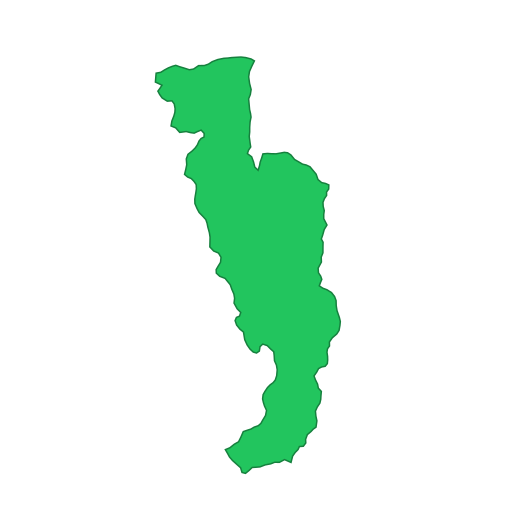 the district of Datas, Minas Gerais, Brazil, rotated 341°
{"feature_id": "56859067B3541118677484", "entity_name": "Datas", "entity_type": "district", "adm_level": 2, "iso_a3": "BRA", "parent_name": "Brazil", "parent_adm1": "Minas Gerais", "projection": "mercator", "projection_center": [-43.653, -18.476], "detail": "fine", "context": "isolated", "style": "filled", "palette": "green", "viewbox_px": 512, "rotation_deg": 341, "n_neighbors": 0, "source": "geoboundaries", "source_scale": "gbopen_adm2", "svg_char_len": 3441}
<svg xmlns="http://www.w3.org/2000/svg" viewBox="0 0 512 512"><g transform="rotate(341 256 256)"><path d="M229.1,454.5L232.7,452.7L235.0,450.3L238.8,451.3L242.2,449.0L243.2,445.5L246.4,441.6L250.8,439.9L253.8,438.3L257.0,437.4L259.9,431.7L260.5,426.9L261.7,422.0L264.8,418.7L268.5,415.9L270.5,412.7L271.9,409.3L273.7,405.3L271.9,401.2L272.5,397.2L271.9,392.5L271.8,388.3L275.5,385.6L278.5,382.8L281.9,382.3L285.5,382.8L288.4,381.0L289.9,377.7L291.0,374.2L291.8,370.0L293.4,367.0L296.2,365.0L297.4,361.2L301.5,358.2L307.0,356.0L310.3,353.4L312.7,349.1L314.4,345.4L314.8,341.3L314.8,337.8L314.8,334.0L315.7,329.0L317.2,324.2L317.1,319.9L315.5,315.2L312.1,311.0L308.7,308.2L306.1,304.8L308.4,302.0L310.6,299.5L310.6,296.1L309.6,292.2L310.8,287.7L315.9,283.0L317.3,278.3L320.3,274.8L322.3,269.1L323.9,264.8L323.3,261.2L325.8,258.0L329.1,253.2L333.2,249.8L332.2,242.8L333.6,238.7L335.3,235.3L335.7,230.9L336.8,227.1L339.3,224.1L342.5,221.7L343.5,218.5L346.5,216.4L348.0,212.5L345.3,210.0L342.0,208.0L339.5,203.9L339.5,198.2L337.6,193.2L336.1,189.2L333.1,186.3L329.9,184.3L327.2,181.1L323.9,177.3L321.9,171.8L319.5,168.7L316.5,167.2L313.1,166.7L308.2,165.9L303.8,164.3L300.3,162.8L295.8,161.7L293.1,165.4L290.6,168.5L288.7,171.8L285.9,175.6L283.8,171.5L284.3,166.3L284.2,160.8L281.2,156.4L283.4,153.5L286.5,151.2L287.1,147.7L287.8,144.3L288.5,140.8L290.4,136.7L292.0,132.1L294.1,127.2L296.5,123.1L297.2,119.6L297.6,115.6L298.8,110.7L300.2,105.0L303.2,101.5L305.6,97.0L306.1,90.8L307.4,84.2L309.9,79.4L313.8,75.2L318.0,71.0L315.5,68.1L310.8,65.0L306.6,63.0L302.1,61.7L297.4,60.4L293.9,59.7L289.9,58.6L283.8,57.8L277.9,58.0L273.5,59.1L269.2,59.1L263.7,57.3L257.8,58.9L253.6,58.2L249.5,55.1L245.3,52.1L242.2,49.6L238.6,49.4L234.4,49.6L230.1,50.3L225.8,51.3L221.1,50.6L219.2,54.9L217.5,58.8L219.9,61.1L222.7,63.9L219.6,66.3L216.9,68.2L217.5,72.0L218.7,76.0L222.5,80.7L227.0,81.9L228.2,85.5L227.5,90.3L226.1,93.7L223.9,96.9L220.4,101.0L218.0,105.4L221.8,108.7L224.1,114.3L230.5,115.6L234.4,118.1L237.6,119.7L240.9,119.3L245.1,119.1L246.9,123.2L245.6,126.6L242.4,127.0L239.6,128.7L236.7,131.9L233.6,134.1L229.9,135.9L224.8,137.7L221.7,141.5L220.2,147.2L217.9,151.1L215.0,155.6L217.1,159.1L220.0,161.7L221.7,165.3L222.7,169.0L221.5,173.1L219.7,176.6L218.1,179.5L216.6,182.4L215.3,186.6L215.7,192.0L216.4,196.4L218.5,200.8L220.4,205.2L220.4,209.2L219.9,212.8L219.5,218.8L218.7,223.2L217.1,227.6L215.3,232.4L217.6,237.5L221.5,241.0L222.5,245.9L220.4,250.4L216.9,253.3L213.9,255.9L212.9,259.3L215.1,263.4L219.5,267.1L221.1,271.5L222.3,274.8L222.3,279.4L222.7,284.7L222.0,289.0L219.9,293.4L221.0,299.8L223.2,304.4L220.8,307.5L217.5,307.7L215.2,310.3L215.2,315.0L217.0,320.0L219.4,323.8L218.7,327.9L218.1,331.5L218.7,337.3L220.1,342.2L222.1,345.9L224.9,347.9L228.2,347.0L230.3,343.0L233.7,341.5L237.5,344.4L239.6,348.8L241.6,352.3L240.8,356.0L239.4,361.0L239.8,365.8L239.0,370.5L236.6,375.9L233.8,379.6L230.8,381.4L227.5,382.4L224.1,384.1L220.4,386.9L217.6,389.4L215.7,393.3L215.3,397.0L215.2,400.6L215.7,405.4L213.1,409.9L209.0,413.3L206.1,415.9L202.8,417.2L198.6,417.2L194.8,418.0L191.3,417.9L186.8,417.9L182.6,422.5L179.0,426.0L174.2,426.9L168.9,428.8L164.0,429.1L164.9,433.7L165.5,437.4L167.2,441.7L169.7,446.2L172.5,451.2L172.3,456.1L175.3,458.1L179.4,456.6L183.5,454.7L186.8,455.6L191.1,456.7L196.6,456.5L202.3,457.3L206.5,457.1L211.0,458.7L216.7,457.8L221.9,462.6L225.5,457.1L229.1,454.5Z" fill="#22c55e" stroke="#15803d" stroke-width="1.5"/></g></svg>